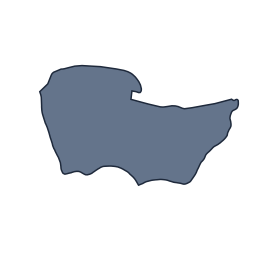 Giao Thuy, Nam Định, Vietnam, rotated 201°
{"feature_id": "81297802B51483513425235", "entity_name": "Giao Thuy", "entity_type": "district", "adm_level": 2, "iso_a3": "VNM", "parent_name": "Vietnam", "parent_adm1": "Nam Định", "projection": "natural_earth1", "projection_center": [106.442, 20.247], "detail": "fine", "context": "isolated", "style": "filled", "palette": "slate", "viewbox_px": 256, "rotation_deg": 201, "n_neighbors": 0, "source": "geoboundaries", "source_scale": "gbopen_adm2", "svg_char_len": 3267}
<svg xmlns="http://www.w3.org/2000/svg" viewBox="0 0 256 256"><g transform="rotate(201 128 128)"><path d="M223.4,130.3L221.8,128.3L221.6,128.1L220.9,127.1L220.0,125.7L219.0,123.4L218.4,122.0L216.6,117.8L216.2,116.7L214.9,113.9L214.0,112.2L212.9,110.5L210.8,107.8L209.6,106.3L208.4,104.8L207.0,103.0L205.9,102.0L203.6,99.6L201.4,96.9L200.1,95.3L199.6,94.6L197.1,91.2L195.5,89.3L193.1,86.3L192.0,84.6L189.6,82.0L189.0,81.7L187.5,80.1L184.2,77.1L183.6,76.6L182.4,75.6L180.1,73.0L179.5,72.3L178.7,71.4L177.1,68.5L176.0,66.2L175.2,65.0L173.2,63.0L172.5,62.5L172.1,62.4L171.0,62.3L170.4,62.3L168.5,63.5L167.0,64.6L165.0,65.9L165.0,66.0L162.6,67.9L160.7,69.0L158.9,69.7L157.4,69.9L156.4,69.9L154.8,69.6L152.1,69.2L151.3,69.2L150.8,69.2L150.6,69.2L150.3,69.3L149.8,69.5L148.9,69.9L148.0,70.6L147.2,71.1L146.6,71.7L145.6,72.7L144.5,74.5L144.1,75.0L142.7,77.1L141.4,78.9L140.4,80.1L139.9,80.8L139.4,81.5L138.3,82.5L137.6,83.1L136.7,83.6L135.2,84.3L132.0,85.7L130.2,86.4L127.7,87.1L126.2,87.5L123.6,88.0L120.1,88.0L118.1,87.8L114.5,87.2L114.3,87.2L112.6,86.9L112.1,86.7L111.5,86.5L110.8,86.2L109.9,85.7L108.3,85.1L106.5,84.4L105.1,83.8L103.0,82.6L101.9,81.8L101.5,81.5L100.1,80.4L98.8,79.3L97.8,78.5L97.6,78.4L96.6,79.4L96.1,79.9L95.3,80.6L95.2,80.7L95.1,80.8L94.4,81.4L93.7,82.3L92.5,83.7L91.5,84.6L89.8,85.8L87.7,87.3L86.4,88.1L83.9,89.4L82.0,90.3L81.0,90.8L79.4,91.6L77.9,92.1L76.1,92.6L74.6,93.0L72.9,93.3L71.6,93.4L70.2,93.4L68.2,93.6L66.3,93.7L65.1,93.9L63.1,94.4L61.5,94.7L59.8,95.1L58.3,95.3L56.9,95.4L55.8,95.6L54.7,96.1L54.0,96.6L53.2,97.3L52.4,98.1L52.3,98.3L51.3,99.4L50.8,100.1L50.5,100.8L50.1,102.4L49.2,106.0L48.6,108.7L48.3,111.0L48.3,113.5L48.2,114.4L48.0,116.2L47.8,119.7L47.6,121.4L47.5,122.1L47.3,122.7L46.9,123.5L46.4,124.8L46.0,126.1L45.8,127.6L45.8,128.7L45.8,129.5L45.8,129.9L45.7,131.0L45.3,132.2L44.8,133.3L44.3,134.3L43.9,135.0L43.2,136.5L42.3,138.7L41.7,140.2L41.1,141.3L40.7,141.9L40.5,142.1L38.2,144.8L37.3,146.2L36.6,147.2L35.8,148.8L34.9,150.4L34.1,152.1L33.6,153.4L33.4,153.9L33.0,155.5L32.8,156.3L32.8,157.0L33.0,157.8L33.1,158.5L33.2,159.0L33.2,160.0L33.1,161.0L33.1,161.8L33.0,162.9L32.8,163.9L32.6,165.0L32.6,165.9L32.6,166.8L33.2,168.5L33.4,168.9L34.6,171.1L35.5,172.3L35.6,172.5L36.1,173.1L36.4,173.8L36.5,174.2L36.7,175.0L36.9,176.0L37.0,177.5L37.0,178.7L37.0,179.6L36.9,180.5L36.5,181.5L36.1,182.1L35.4,182.8L34.5,183.8L33.9,184.6L33.6,185.1L33.3,185.9L33.2,186.7L33.2,187.1L33.2,187.8L33.4,189.3L33.8,190.5L34.3,191.7L34.7,192.6L34.8,192.9L35.2,193.3L35.5,193.5L36.0,193.7L36.4,193.7L36.8,193.6L37.2,193.4L37.7,192.9L38.3,192.1L38.6,191.9L38.9,191.7L39.3,191.6L39.8,191.6L40.4,191.7L41.0,191.8L41.6,192.0L55.6,181.9L63.1,177.4L75.6,169.8L82.2,166.2L84.2,165.9L88.8,166.0L91.6,165.6L94.9,164.5L98.9,162.2L101.8,160.6L103.1,160.0L105.4,159.3L117.2,157.7L120.9,157.3L135.5,155.8L137.6,164.0L133.5,164.8L130.6,164.9L129.4,165.5L129.1,166.4L129.0,167.4L129.2,168.3L129.6,169.4L131.8,172.6L134.4,175.0L136.9,176.7L139.4,178.2L143.1,179.7L145.2,180.2L148.3,180.5L152.4,180.3L160.2,178.9L175.7,175.4L185.7,172.2L193.3,169.8L199.8,166.7L204.3,163.6L208.8,160.4L210.2,159.6L211.6,159.0L214.9,155.8L217.5,153.3L218.2,151.9L218.5,150.9L218.6,149.3L218.6,148.1L218.7,140.4L223.4,130.3Z" fill="#64748b" stroke="#1e293b" stroke-width="1.5"/></g></svg>